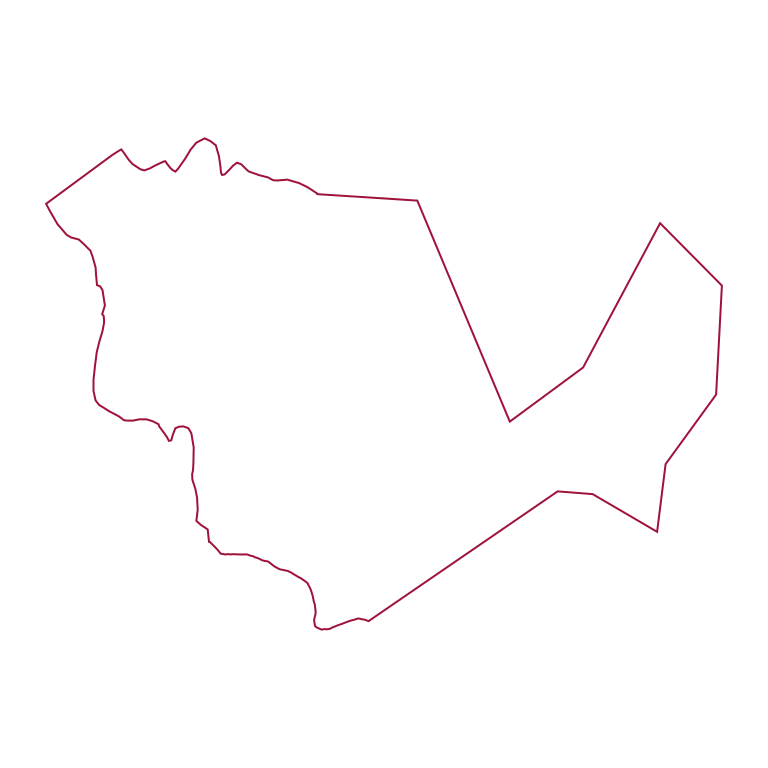 Sarot, Anse-la-Raye, Saint Lucia
{"feature_id": "8701671B47130122414504", "entity_name": "Sarot", "entity_type": "district", "adm_level": 2, "iso_a3": "LCA", "parent_name": "Saint Lucia", "parent_adm1": "Anse-la-Raye", "projection": "natural_earth1", "projection_center": [-60.988, 13.942], "detail": "fine", "context": "isolated", "style": "outline", "palette": "rose", "viewbox_px": 768, "rotation_deg": 0, "n_neighbors": 0, "source": "geoboundaries", "source_scale": "gbopen_adm2", "svg_char_len": 3070}
<svg xmlns="http://www.w3.org/2000/svg" viewBox="0 0 768 768"><path d="M209.0,541.7L209.5,541.6L216.8,548.9L220.8,553.7L223.4,554.1L225.4,554.5L227.5,554.1L230.8,554.4L232.9,554.2L241.0,554.5L245.1,554.4L247.4,554.5L250.5,555.7L253.1,556.2L255.2,557.4L257.2,557.9L260.0,559.1L262.0,560.2L264.1,560.8L266.6,561.2L268.3,561.6L269.5,562.6L271.2,563.9L273.3,565.6L275.1,566.8L278.4,568.6L280.0,569.3L282.3,569.8L284.7,570.3L288.1,571.0L289.4,571.8L291.6,572.8L293.6,574.2L296.6,575.9L298.6,577.1L300.8,578.2L302.5,579.4L305.1,581.2L307.6,583.2L308.5,585.3L309.6,587.1L311.0,590.3L311.9,593.3L312.6,595.6L313.2,598.4L313.8,601.4L314.7,604.2L315.0,606.2L315.3,608.6L315.7,612.6L315.2,615.3L314.6,617.7L314.1,620.0L314.5,623.2L315.2,626.3L316.9,627.5L319.3,628.6L321.4,629.6L322.4,629.4L324.5,629.1L326.9,629.3L330.0,628.8L332.3,627.5L334.2,626.8L336.3,625.9L338.9,624.9L342.2,623.8L344.3,622.9L346.1,622.3L347.7,621.6L351.1,620.5L353.2,620.0L355.5,619.3L357.5,618.6L358.8,618.5L361.1,619.1L363.7,619.5L364.4,619.6L368.6,621.1L557.6,491.4L592.6,494.1L657.1,531.8L665.6,464.1L716.1,394.6L721.9,285.6L660.1,223.2L613.7,310.1L583.1,367.5L509.8,421.6L417.3,200.6L317.8,194.2L317.3,194.1L317.2,193.5L315.6,192.5L314.6,191.8L307.5,187.2L298.7,182.9L297.8,182.7L287.1,179.6L284.4,179.9L277.1,180.5L273.1,180.2L268.0,177.4L259.3,175.2L248.6,171.4L248.0,170.9L244.9,167.9L241.2,164.3L239.8,163.7L237.0,162.7L233.1,165.6L228.9,170.2L224.7,174.4L222.1,175.0L221.8,174.4L221.0,172.8L220.8,170.6L220.5,166.9L218.9,156.0L215.8,145.3L210.1,140.9L204.7,138.4L200.1,140.7L199.0,141.3L196.3,142.7L191.3,148.8L190.5,149.8L189.8,151.0L185.2,158.6L178.1,168.7L175.4,171.6L172.7,170.1L171.7,169.2L170.5,168.2L167.1,163.8L165.7,161.8L165.3,161.2L164.7,161.3L163.8,161.5L160.7,162.9L154.8,165.7L149.9,168.4L147.7,169.2L144.3,170.4L142.6,169.9L140.5,169.3L132.6,164.1L128.8,159.9L123.8,152.7L121.3,149.4L118.2,151.2L112.4,154.9L46.1,203.8L46.4,204.4L49.8,210.8L57.4,224.0L59.5,226.5L66.6,234.8L71.4,237.6L72.7,237.9L78.8,239.5L81.9,242.3L83.5,243.8L89.0,249.3L90.4,250.6L91.5,253.8L92.5,256.4L95.6,267.5L95.9,272.2L95.9,273.4L96.2,276.4L97.0,285.1L98.9,285.9L100.1,286.4L100.7,287.3L102.5,290.1L104.6,303.6L104.9,305.5L102.2,314.1L103.7,316.1L104.0,319.7L104.1,322.5L103.2,327.2L102.5,331.1L101.1,335.8L99.6,340.7L98.3,345.9L96.7,352.4L95.8,359.7L95.1,364.7L94.5,370.6L93.5,379.8L93.5,390.9L94.4,395.1L95.6,400.5L98.1,403.6L99.3,405.1L103.5,407.6L109.3,411.3L119.1,416.5L124.1,420.3L125.5,420.4L127.5,420.6L133.1,420.6L139.4,419.3L146.3,419.3L152.6,421.2L155.2,422.5L158.6,424.3L159.2,426.4L162.5,430.9L163.1,431.7L163.9,432.7L166.8,436.9L167.2,437.6L168.9,440.9L171.3,440.3L171.5,439.6L172.6,435.4L175.3,428.3L178.9,426.7L180.3,426.6L183.4,426.4L188.4,428.2L191.3,433.2L191.6,434.8L193.7,447.4L193.6,452.8L193.4,463.4L193.2,467.2L192.9,470.8L192.5,472.7L192.1,474.2L192.3,477.4L192.4,479.8L194.1,485.0L195.3,488.7L197.1,497.7L197.4,504.2L197.7,509.4L196.9,516.8L196.3,520.8L200.0,524.1L201.1,525.1L201.9,525.6L205.0,527.6L207.7,529.5L209.0,541.7Z" fill="none" stroke="#9f1239" stroke-width="2"/></svg>